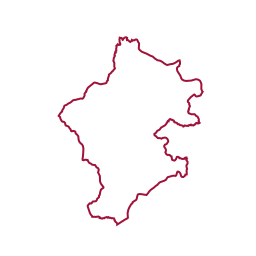 Poni, Poni, Burkina Faso (Natural Earth projection), rotated 319°
{"feature_id": "67063806B8041269423759", "entity_name": "Poni", "entity_type": "district", "adm_level": 2, "iso_a3": "BFA", "parent_name": "Burkina Faso", "parent_adm1": "Poni", "projection": "natural_earth1", "projection_center": [-3.327, 10.311], "detail": "fine", "context": "isolated", "style": "outline", "palette": "rose", "viewbox_px": 256, "rotation_deg": 319, "n_neighbors": 0, "source": "geoboundaries", "source_scale": "gbopen_adm2", "svg_char_len": 5842}
<svg xmlns="http://www.w3.org/2000/svg" viewBox="0 0 256 256"><g transform="rotate(319 128 128)"><path d="M83.6,73.4L83.9,74.7L83.9,75.2L83.0,76.9L82.5,79.3L82.7,80.3L83.5,81.0L83.7,81.5L83.8,82.5L83.7,83.1L82.9,84.4L82.7,85.3L83.8,87.2L84.0,88.4L84.0,88.9L83.7,89.8L83.8,91.3L83.1,92.8L83.2,93.3L83.4,93.6L84.7,94.2L85.8,95.8L85.7,96.5L84.9,97.9L85.2,99.7L85.1,101.3L85.0,101.7L83.0,104.5L82.3,106.3L82.2,108.2L82.5,110.2L82.4,110.9L82.3,111.6L81.6,113.0L80.9,114.2L77.4,117.9L74.9,120.3L73.6,121.3L72.8,122.3L73.2,123.1L75.2,124.0L75.9,125.2L76.5,125.6L76.2,126.1L76.3,126.4L75.9,128.0L75.9,129.2L76.7,130.6L76.9,132.2L78.6,134.2L78.8,134.3L78.7,135.8L78.4,137.0L78.5,137.3L79.0,138.2L78.8,140.0L77.8,140.9L77.5,141.0L77.1,141.4L76.3,141.8L75.3,145.7L71.8,150.1L71.0,152.2L70.7,156.4L70.4,156.9L69.8,157.0L67.8,156.7L67.1,156.8L65.0,158.1L63.1,159.7L62.6,160.0L61.8,160.0L60.5,161.3L58.6,161.1L56.9,162.0L56.2,162.2L54.9,161.7L53.4,160.5L52.5,160.5L51.1,160.9L50.4,160.7L49.9,159.8L49.5,159.7L46.8,160.1L46.1,160.8L43.4,167.4L43.1,169.2L43.1,171.0L42.7,171.5L43.4,172.2L44.4,172.9L45.1,173.8L46.6,174.7L47.0,175.2L47.5,175.3L48.1,176.5L48.2,177.8L47.9,177.8L49.1,179.5L50.0,179.6L50.8,180.5L51.5,180.4L52.1,180.6L52.7,181.1L53.5,181.2L53.7,181.4L53.9,182.5L54.2,182.6L54.8,182.5L55.0,183.1L55.1,183.7L56.0,184.4L56.3,185.3L57.2,185.9L57.7,186.8L58.0,186.9L57.8,187.4L57.9,188.1L57.4,188.6L57.4,189.1L57.1,189.4L57.2,189.7L57.0,190.7L57.3,191.8L57.2,192.6L57.0,193.2L56.5,193.8L65.4,195.1L68.4,195.8L69.0,195.7L71.9,191.9L73.4,190.9L74.1,190.2L76.9,188.8L80.4,187.6L81.3,187.7L82.5,187.5L82.9,187.0L86.7,187.6L87.7,187.4L91.2,184.9L92.1,184.7L93.4,185.4L95.1,187.2L98.0,190.7L100.7,190.3L102.2,189.8L104.8,189.6L108.4,190.0L111.1,189.9L112.7,190.2L115.8,189.8L117.1,190.1L120.8,191.6L122.6,192.0L124.8,191.3L125.8,191.2L130.0,193.2L131.4,194.1L132.4,195.3L133.2,195.4L136.4,193.5L137.1,193.6L137.7,194.7L137.8,195.7L137.6,196.9L136.5,199.4L136.7,200.4L137.6,201.3L139.8,201.4L140.7,200.8L141.8,201.6L142.1,201.4L144.4,198.4L145.7,197.7L146.3,196.4L147.5,194.6L148.1,194.3L149.5,194.0L150.8,192.5L151.0,190.5L151.7,189.9L152.3,189.9L152.4,189.2L152.8,188.7L152.1,188.1L151.5,187.9L150.8,188.5L150.2,188.2L149.7,187.5L149.2,187.5L148.5,186.8L147.7,185.0L147.2,184.8L147.2,184.3L147.0,184.1L147.2,183.3L146.9,182.7L146.4,182.2L145.8,181.9L145.0,182.4L143.7,183.0L142.2,183.2L141.8,183.1L141.4,182.7L140.5,181.2L140.6,180.6L142.2,178.0L141.8,177.7L141.8,175.9L141.6,175.6L141.3,175.1L140.4,174.6L139.9,173.6L139.8,172.5L140.3,170.8L141.4,170.3L142.2,169.5L142.7,168.4L143.1,165.8L143.4,165.4L144.8,164.8L146.5,165.4L149.3,164.7L149.8,164.2L150.1,163.7L150.5,162.3L150.5,161.5L150.3,160.5L149.8,159.7L149.3,159.2L148.4,158.8L147.6,158.2L146.3,158.1L145.6,156.8L143.9,155.1L143.6,151.8L143.3,151.2L143.3,150.8L143.9,149.8L146.5,149.9L147.9,149.4L148.6,149.4L150.6,150.0L153.3,149.4L157.9,150.3L160.3,149.8L160.4,149.6L161.3,149.4L162.4,148.9L163.0,149.6L163.7,148.9L165.6,148.8L165.8,149.0L166.0,150.2L166.6,150.5L167.0,151.1L167.0,152.1L167.4,152.5L167.1,153.5L166.8,153.9L166.8,154.3L167.5,154.9L168.3,156.6L168.1,157.2L168.1,157.9L168.9,158.5L169.1,159.2L169.0,159.7L170.5,161.6L170.8,162.6L170.7,163.2L171.3,163.4L172.3,163.2L173.9,165.1L174.4,165.3L174.9,166.0L175.5,165.8L176.0,165.9L176.3,166.3L176.7,166.5L177.2,166.5L177.3,166.9L177.6,167.0L177.4,167.3L178.3,168.2L178.9,168.4L179.2,169.1L180.2,169.2L180.7,169.0L181.2,169.3L182.7,169.0L182.9,169.3L183.4,169.4L183.7,170.0L183.6,170.3L183.9,170.6L184.6,171.0L185.4,171.1L185.4,170.4L185.8,169.6L185.9,168.9L186.6,168.6L187.3,167.6L187.8,165.7L187.9,164.9L187.3,163.3L187.4,162.2L187.3,161.3L184.9,159.3L183.5,156.6L184.0,155.7L184.0,155.2L184.3,154.9L184.7,154.8L185.3,154.2L186.0,154.2L186.2,153.7L186.7,153.3L189.1,152.1L189.4,151.5L189.4,150.6L190.4,149.6L190.5,149.1L190.3,147.8L190.7,147.0L191.5,146.5L195.5,145.9L199.7,146.1L200.1,146.3L200.2,146.7L200.0,148.4L200.5,149.3L202.7,150.5L203.0,150.5L203.7,150.9L204.7,150.9L205.2,150.6L208.2,149.6L208.1,148.8L208.9,146.7L212.2,143.0L213.0,141.0L213.3,139.6L213.0,138.4L212.5,137.2L211.2,135.7L207.0,133.8L202.7,130.6L201.3,128.8L200.6,126.8L200.8,125.5L201.8,122.9L202.6,117.5L203.3,116.1L204.3,114.9L205.6,114.5L207.3,114.9L208.1,114.1L209.3,113.8L210.7,112.0L211.3,110.8L210.1,110.2L207.1,109.9L204.1,109.1L201.6,107.5L199.1,106.3L198.4,105.3L197.5,102.3L197.4,101.2L196.7,99.1L196.1,97.9L194.7,96.2L193.9,93.3L193.5,90.2L192.5,88.5L190.8,84.1L188.5,79.6L188.0,76.9L188.1,75.5L188.7,74.6L191.4,72.0L192.0,71.0L192.1,69.7L192.7,67.8L192.6,66.9L192.0,66.3L190.1,65.9L189.2,64.8L188.4,64.9L188.4,64.3L188.1,64.5L186.2,64.6L185.9,63.9L185.7,61.8L185.5,61.3L184.9,61.0L185.4,60.1L186.1,59.8L186.5,59.4L186.3,58.6L185.7,58.0L184.5,57.5L183.0,57.7L182.1,58.1L181.8,58.0L182.2,55.8L181.8,55.5L181.0,54.4L179.4,55.8L179.2,56.3L178.2,57.3L177.6,59.1L177.2,59.4L177.1,59.8L176.7,60.0L175.3,59.1L175.3,58.0L174.9,58.0L174.6,58.3L173.8,58.3L173.5,58.5L173.0,58.4L172.7,59.2L170.8,60.6L170.5,61.3L169.8,62.1L169.3,61.9L168.6,62.0L167.9,62.6L168.0,63.1L167.1,63.0L165.6,64.1L165.6,64.6L165.4,64.8L165.4,65.0L163.3,65.8L162.1,66.8L161.6,67.4L161.0,67.7L160.4,69.9L158.0,72.6L157.2,74.5L156.0,74.6L154.4,75.0L152.5,75.0L151.6,75.3L148.7,75.2L147.2,76.5L146.7,76.6L145.7,77.4L145.3,77.5L144.0,78.9L143.0,78.8L141.2,79.8L140.5,79.6L136.1,77.1L135.1,75.7L134.6,74.6L132.9,72.1L132.3,71.6L131.8,71.5L130.0,71.5L124.4,71.3L124.0,71.5L123.4,71.5L121.8,72.3L121.0,72.4L120.4,73.2L120.0,73.3L119.7,73.1L117.8,73.6L117.3,74.0L117.0,74.6L116.2,75.2L113.8,76.1L112.8,76.0L111.9,74.9L110.5,74.1L109.8,73.9L108.5,73.0L107.8,72.9L105.3,71.3L104.3,71.0L102.7,71.1L100.7,70.9L98.7,70.3L97.1,70.3L94.8,69.5L94.2,69.7L92.3,70.9L89.9,71.5L89.4,72.1L89.0,72.3L88.6,72.2L88.2,72.4L87.7,72.3L85.7,72.7L83.6,73.4Z" fill="none" stroke="#9f1239" stroke-width="2"/></g></svg>